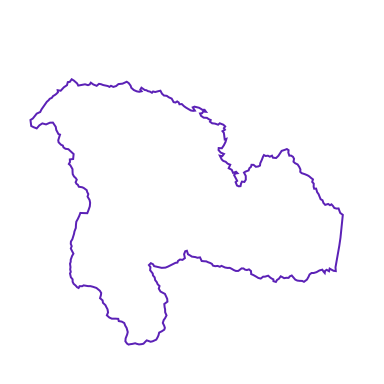 Cerro Azul, Paraná, Brazil (Robinson projection), rotated 167°
{"feature_id": "56859067B8316714109518", "entity_name": "Cerro Azul", "entity_type": "district", "adm_level": 2, "iso_a3": "BRA", "parent_name": "Brazil", "parent_adm1": "Paraná", "projection": "robinson", "projection_center": [-49.28, -24.885], "detail": "fine", "context": "isolated", "style": "outline", "palette": "violet", "viewbox_px": 384, "rotation_deg": 167, "n_neighbors": 0, "source": "geoboundaries", "source_scale": "gbopen_adm2", "svg_char_len": 5418}
<svg xmlns="http://www.w3.org/2000/svg" viewBox="0 0 384 384"><g transform="rotate(167 192 192)"><path d="M246.7,75.0L244.6,77.5L245.2,80.8L244.6,83.8L244.6,85.9L244.2,89.1L240.6,90.7L240.2,93.5L241.3,98.8L245.1,102.1L246.1,105.3L244.8,107.7L246.2,109.8L246.6,112.1L247.7,114.4L247.6,117.2L248.8,119.5L248.6,121.4L250.4,125.2L249.4,128.2L250.4,130.5L248.1,131.9L246.2,130.3L245.6,128.3L238.6,124.9L234.9,124.3L232.3,124.7L224.0,126.7L222.1,126.5L221.1,128.0L218.9,128.9L216.5,128.0L213.8,129.2L213.7,133.2L211.9,135.8L210.2,135.9L209.9,132.2L207.9,130.4L206.7,129.1L203.3,127.8L201.5,126.7L198.9,126.5L198.1,122.6L196.1,121.9L193.7,121.2L192.2,120.0L190.3,118.8L188.8,117.5L188.1,115.5L186.1,114.5L183.7,114.2L181.7,112.9L179.9,113.4L176.8,111.0L174.4,110.0L172.3,109.6L170.8,108.4L168.8,106.5L167.0,105.2L164.6,104.7L160.9,106.4L159.0,105.9L157.8,104.4L156.0,103.6L153.9,103.8L152.3,101.7L152.8,98.7L150.8,97.2L148.3,94.9L146.7,93.3L144.5,92.2L141.7,93.5L140.0,93.1L136.6,93.3L135.2,91.3L134.0,89.9L132.4,88.6L132.7,86.8L130.5,85.5L128.9,87.2L126.9,87.9L124.5,89.9L123.2,88.8L121.6,87.3L119.5,87.2L117.2,86.6L115.7,87.8L113.6,88.2L112.4,85.9L111.1,83.4L109.3,82.0L106.8,81.1L104.7,80.6L103.1,79.3L99.7,80.8L97.5,83.2L96.0,85.2L93.7,86.2L91.6,85.7L88.7,85.9L85.4,86.9L82.5,87.0L81.8,84.9L80.9,83.2L80.1,85.2L78.3,85.9L76.3,84.0L75.1,86.4L73.4,84.8L71.8,83.4L69.7,82.6L69.1,86.4L60.6,106.4L57.6,114.1L50.2,135.8L52.3,138.3L52.9,143.0L54.8,143.3L56.9,144.4L57.8,146.7L58.9,148.6L60.5,148.1L62.0,149.7L65.1,149.5L66.4,151.8L66.7,154.6L68.3,156.0L68.8,159.2L69.1,161.3L70.1,163.7L70.3,167.4L72.2,167.7L72.3,169.7L71.5,172.8L72.6,174.8L71.3,177.1L72.9,179.0L74.2,180.8L75.6,182.2L78.1,184.0L80.9,185.7L82.0,187.3L81.3,189.6L81.9,192.5L82.9,195.1L85.1,196.9L86.3,198.7L85.1,201.4L85.7,203.6L87.3,205.2L89.0,205.5L89.3,208.7L88.5,211.0L89.9,212.5L92.0,212.2L95.4,211.9L99.7,207.8L102.4,206.2L105.4,207.2L105.9,209.4L108.2,208.9L109.9,210.3L112.1,210.5L113.6,211.8L114.8,210.5L116.6,207.8L119.0,204.7L119.8,202.5L121.6,202.0L124.1,202.2L125.9,204.6L127.9,205.1L128.8,203.3L130.7,202.3L132.0,200.3L135.5,199.8L137.0,199.2L136.0,195.6L136.8,191.9L138.7,190.0L141.0,190.9L142.3,189.2L143.4,186.8L145.1,187.0L146.7,188.2L147.3,191.8L145.5,192.7L146.5,196.5L147.2,199.0L145.6,200.3L143.5,200.1L144.5,201.8L147.7,201.4L148.3,204.7L150.9,206.9L148.6,210.0L150.9,211.6L152.4,213.9L154.5,215.2L155.7,217.0L156.7,221.1L154.5,220.1L152.3,221.9L155.2,224.0L156.7,226.9L156.1,228.8L153.1,227.9L150.5,230.3L148.1,233.2L146.5,236.1L148.3,235.9L148.1,238.1L147.8,240.7L147.7,242.6L148.6,244.4L145.9,245.3L146.6,247.0L144.9,248.4L146.3,250.5L149.5,252.7L151.4,251.7L154.3,253.5L156.9,254.4L158.7,256.5L157.6,257.9L159.3,259.2L160.8,260.9L163.9,261.8L166.0,264.1L166.5,266.7L164.4,266.5L163.0,267.9L160.3,267.0L161.3,269.3L163.5,269.8L164.7,271.1L166.2,272.5L170.4,274.6L172.2,274.3L170.9,270.6L172.6,270.8L174.8,271.7L178.7,275.4L180.5,277.4L182.2,280.0L184.5,280.3L184.8,282.2L186.1,283.6L187.9,282.9L189.7,283.7L190.8,287.6L193.2,289.4L195.0,291.4L197.6,292.3L199.1,294.5L200.0,297.8L202.6,297.8L205.4,297.7L207.3,298.7L208.7,297.7L210.4,299.3L212.3,300.2L213.5,301.4L215.1,302.0L217.8,305.0L219.4,303.3L218.5,301.5L220.8,301.5L223.0,302.4L224.4,303.4L225.8,304.5L227.7,307.2L227.9,309.4L229.2,312.4L230.8,314.1L235.3,313.2L239.4,313.7L242.1,312.3L245.0,312.1L247.1,313.7L248.8,313.0L250.2,314.2L254.5,316.2L256.4,317.5L258.3,318.3L261.0,316.9L264.0,319.0L266.0,321.3L267.5,319.8L269.3,319.5L272.0,321.0L278.9,321.3L279.5,323.6L282.0,327.1L283.9,328.9L286.3,326.8L288.3,327.0L289.8,324.2L293.2,322.9L297.2,320.2L300.0,321.4L300.2,319.3L302.3,318.0L304.2,317.2L305.7,316.8L307.4,315.3L309.7,314.8L311.0,313.7L313.1,312.6L320.1,306.3L321.9,304.1L325.7,303.3L327.4,301.9L330.6,299.4L333.2,298.5L333.5,295.4L333.8,292.5L331.8,290.8L329.0,288.9L325.7,291.3L322.4,292.5L319.0,290.7L314.8,291.5L311.9,290.9L310.1,286.1L310.3,283.0L309.1,278.5L307.7,277.6L310.7,272.5L310.8,270.4L309.0,267.5L307.4,266.3L307.2,264.4L305.6,262.6L302.8,261.5L301.8,260.0L298.8,255.6L300.4,250.9L303.7,251.2L304.2,248.6L305.7,247.0L304.5,245.3L303.3,241.2L303.9,238.2L304.2,236.2L303.5,233.7L302.1,231.6L301.5,229.9L303.2,227.7L302.7,225.9L301.6,224.7L301.1,222.6L298.1,221.4L296.7,220.4L294.2,217.5L294.1,215.4L293.5,213.3L294.8,211.0L293.6,207.2L293.7,204.4L294.8,201.0L297.2,197.2L298.8,194.9L305.5,196.7L307.2,194.1L309.4,191.3L311.4,189.1L312.4,186.3L313.3,183.1L315.4,180.0L316.4,177.7L319.2,172.9L321.1,171.0L321.8,168.7L321.4,166.3L322.8,164.2L322.1,161.3L321.4,158.6L323.2,156.7L325.4,153.3L325.9,151.3L327.0,149.5L327.3,146.1L328.1,144.0L328.1,141.4L329.2,140.1L329.2,138.1L329.2,136.2L328.0,133.8L328.5,131.4L328.0,129.2L326.4,127.0L325.4,125.1L324.1,124.0L322.7,125.5L320.2,124.9L318.6,125.4L316.9,124.7L314.3,123.6L312.1,123.1L309.8,121.9L306.7,120.0L304.0,116.5L303.2,114.0L303.9,112.1L305.5,109.2L303.5,106.5L303.7,104.1L301.8,101.2L301.4,99.3L300.7,96.7L300.9,93.5L302.7,91.0L300.8,88.3L298.6,86.6L295.4,85.9L292.4,85.0L292.4,82.7L289.6,81.5L287.5,79.6L287.1,76.8L286.3,74.3L286.1,70.0L287.2,67.8L289.6,64.3L290.5,61.5L289.4,58.9L288.1,57.6L286.4,57.6L284.5,57.4L281.4,57.4L280.0,56.5L277.9,55.4L275.4,55.1L273.4,55.1L271.0,56.7L269.5,57.6L268.0,56.7L266.0,55.4L263.9,55.4L260.0,56.2L258.1,58.3L256.9,59.9L255.6,62.4L252.7,63.1L250.0,64.1L249.0,65.7L249.2,68.0L249.9,71.0L248.3,73.7L246.7,75.0Z" fill="none" stroke="#5b21b6" stroke-width="2"/></g></svg>